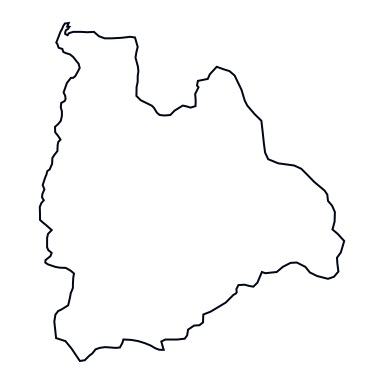 outline of Kota Marudu, Sabah, Malaysia
{"feature_id": "92858781B52597028656426", "entity_name": "Kota Marudu", "entity_type": "district", "adm_level": 2, "iso_a3": "MYS", "parent_name": "Malaysia", "parent_adm1": "Sabah", "projection": "natural_earth1", "projection_center": [116.764, 6.454], "detail": "fine", "context": "isolated", "style": "outline", "palette": "ink", "viewbox_px": 384, "rotation_deg": 0, "n_neighbors": 0, "source": "geoboundaries", "source_scale": "gbopen_adm2", "svg_char_len": 2626}
<svg xmlns="http://www.w3.org/2000/svg" viewBox="0 0 384 384"><path d="M71.5,348.5L79.9,361.0L84.8,360.2L89.2,355.8L92.4,353.4L95.5,349.4L99.6,347.9L105.1,347.1L110.6,347.5L115.8,347.9L119.9,347.5L122.3,343.1L123.4,339.5L131.3,339.9L138.2,341.1L144.7,343.1L150.6,345.5L155.4,348.3L159.5,349.8L163.7,349.8L162.3,345.1L161.3,341.5L165.4,339.5L172.3,339.5L177.5,339.5L184.7,338.7L187.1,335.5L188.1,329.6L194.0,325.6L199.5,325.2L203.0,322.4L203.3,314.5L210.5,311.7L225.7,302.6L233.3,295.0L236.0,293.4L236.7,292.3L236.4,289.1L238.4,285.1L244.6,284.7L249.1,285.9L253.3,286.7L257.4,282.7L261.9,272.0L265.3,273.2L276.7,272.0L282.9,266.8L290.5,262.9L296.7,262.5L305.3,266.8L309.8,272.4L317.0,276.0L328.0,278.8L333.9,276.8L338.4,271.6L337.3,262.9L337.0,257.7L340.8,252.5L344.2,241.0L337.7,233.9L332.5,229.5L334.6,221.6L334.9,212.1L332.1,205.7L328.0,200.9L327.4,195.7L327.3,194.6L324.6,190.6L314.2,181.9L308.0,175.5L301.3,168.8L294.2,165.5L278.1,163.3L268.2,159.2L265.1,152.6L263.8,142.7L262.9,134.0L261.4,120.8L254.5,114.0L247.3,105.6L244.8,100.8L241.5,89.8L234.6,75.5L229.5,71.1L224.3,69.5L216.7,66.8L209.8,74.3L207.8,78.9L197.9,80.9L197.0,85.5L198.5,87.3L195.2,93.9L195.7,101.0L195.5,106.1L190.6,107.6L186.2,106.3L182.7,105.6L174.5,110.7L170.3,115.0L164.4,115.5L159.7,115.0L156.9,112.7L154.0,107.9L152.0,105.8L147.0,103.3L140.8,100.3L136.4,95.9L136.6,86.8L137.7,81.7L137.7,76.1L138.4,71.3L137.9,66.5L137.6,65.5L135.5,57.6L136.4,52.2L137.7,46.9L135.0,37.5L130.2,36.8L121.6,37.8L112.3,38.3L104.6,38.3L98.9,36.2L94.0,31.9L87.2,32.2L81.3,31.9L73.1,31.9L68.9,33.2L67.6,35.2L65.2,34.0L65.2,32.3L65.2,32.2L66.0,30.2L68.0,28.9L69.0,27.3L69.4,26.8L67.2,26.6L68.5,23.5L68.7,23.0L65.3,23.5L64.9,23.5L63.2,26.1L62.1,28.9L60.5,31.7L56.3,42.6L57.4,44.1L58.6,47.7L60.5,48.4L62.3,48.9L63.4,52.0L65.6,53.0L70.2,54.5L73.3,57.1L76.8,61.6L78.6,63.7L79.7,68.0L77.7,71.8L75.3,76.1L73.1,77.9L70.9,77.9L66.9,83.0L63.6,92.4L65.2,95.9L65.6,99.0L64.7,101.0L61.2,103.0L60.8,107.4L61.9,111.4L61.9,116.0L60.8,120.8L58.3,123.9L55.0,126.9L55.2,132.3L57.9,135.6L60.5,139.6L58.3,141.9L57.7,144.7L57.4,151.1L54.6,154.6L52.4,157.9L52.1,163.8L49.7,169.4L47.3,171.1L46.4,174.7L45.1,177.7L42.7,185.1L44.4,189.4L42.4,194.0L42.0,197.3L43.8,200.3L41.3,203.1L39.8,207.0L40.0,213.8L40.0,219.9L42.9,222.5L46.0,225.0L51.7,230.1L48.0,233.9L47.1,238.0L47.1,247.4L48.4,250.2L51.7,252.9L50.4,256.2L45.5,260.1L45.3,262.6L48.0,264.4L55.4,266.9L59.9,267.7L65.8,267.9L70.7,270.7L74.0,273.5L73.3,277.3L72.9,284.2L72.9,288.0L70.7,293.4L70.0,297.4L68.2,305.3L61.6,309.4L58.1,311.1L55.4,314.7L54.3,321.6L56.1,338.1L65.4,341.1L71.5,348.5Z" fill="none" stroke="#020617" stroke-width="2"/></svg>